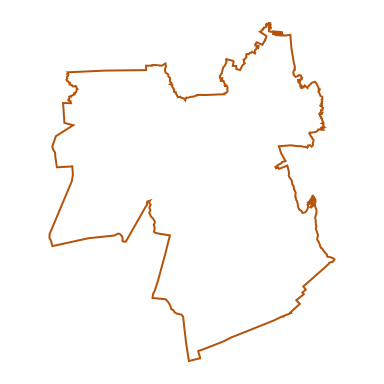 Spineni, Olt, Romania
{"feature_id": "2599482B91158629035483", "entity_name": "Spineni", "entity_type": "district", "adm_level": 2, "iso_a3": "ROU", "parent_name": "Romania", "parent_adm1": "Olt", "projection": "equal_earth", "projection_center": [24.571, 44.715], "detail": "fine", "context": "isolated", "style": "outline", "palette": "amber", "viewbox_px": 384, "rotation_deg": 0, "n_neighbors": 0, "source": "geoboundaries", "source_scale": "gbopen_adm2", "svg_char_len": 5829}
<svg xmlns="http://www.w3.org/2000/svg" viewBox="0 0 384 384"><path d="M332.6,262.0L334.5,259.5L334.3,259.1L332.8,258.1L329.2,256.8L328.0,256.9L327.1,256.3L326.9,254.6L323.0,250.2L322.3,248.5L320.7,247.7L319.1,242.6L317.1,239.5L317.4,237.4L317.9,236.3L317.9,234.7L315.9,229.1L315.8,227.7L316.6,226.1L315.8,224.7L315.7,220.3L315.1,217.8L316.5,212.6L316.4,209.4L315.5,207.9L314.9,204.1L311.0,207.5L310.3,207.0L312.3,204.9L312.2,204.7L314.9,202.0L315.5,201.9L315.4,199.5L315.0,199.0L312.2,201.6L311.9,202.5L310.6,203.6L309.5,203.9L308.8,203.0L309.4,202.0L314.3,197.9L314.0,197.0L312.7,195.7L312.4,195.9L311.6,198.1L309.3,201.5L307.8,202.7L308.1,203.3L307.5,204.8L308.1,205.2L308.1,207.0L307.4,209.3L306.4,211.0L305.3,212.2L304.1,212.7L302.3,212.8L302.2,212.0L301.1,210.7L299.2,209.4L298.2,207.3L297.5,203.0L296.8,200.6L296.3,200.2L295.5,196.5L295.2,196.5L295.7,192.8L294.6,190.1L293.9,189.5L294.0,187.8L293.5,185.9L292.3,184.6L291.8,180.6L289.5,177.4L288.7,175.6L289.0,173.9L288.7,170.8L287.3,165.6L279.0,168.9L278.3,167.6L276.0,168.3L275.4,167.2L275.4,166.8L277.3,166.0L277.3,165.4L281.5,163.1L282.1,162.1L285.5,161.0L281.1,153.2L278.9,146.2L291.2,145.3L296.9,146.1L300.9,146.1L304.1,146.9L305.4,146.8L307.2,147.8L308.2,146.1L308.1,145.5L310.1,145.2L311.6,146.6L312.5,145.9L313.0,144.7L312.7,143.5L313.6,140.8L313.4,139.8L312.3,138.6L312.1,137.5L310.9,136.5L310.5,135.0L309.8,134.5L309.3,133.0L309.8,132.5L310.9,132.7L315.6,132.0L317.3,131.0L318.2,129.5L323.4,129.8L322.9,129.0L322.0,129.0L321.5,129.5L320.9,128.9L321.7,128.6L321.5,128.1L322.8,127.8L322.3,127.5L323.5,127.2L323.2,127.1L323.8,126.8L323.0,126.3L323.5,125.9L323.5,124.0L322.9,124.1L322.7,123.5L322.1,123.3L323.4,122.7L322.5,122.7L323.3,122.5L322.0,119.9L322.0,118.8L321.6,118.9L321.0,118.0L321.0,116.8L320.2,116.3L320.2,115.6L319.6,114.8L322.1,113.7L322.4,112.8L320.2,112.8L320.8,112.2L320.9,110.6L321.3,110.8L322.3,110.2L322.2,109.7L322.7,109.3L322.5,108.2L322.9,107.8L322.3,107.4L322.1,105.8L320.6,106.0L320.3,105.5L321.0,105.1L321.6,104.0L321.4,103.8L322.1,103.4L321.8,102.5L322.1,101.9L321.7,101.7L322.1,100.5L321.7,99.8L322.4,99.3L322.2,96.8L320.4,95.8L319.1,92.5L318.3,91.7L318.7,90.7L319.5,90.3L319.6,88.9L318.7,88.8L318.8,88.4L316.7,83.9L315.1,81.8L312.0,82.7L307.4,87.1L307.4,87.8L304.6,85.4L303.7,86.6L303.7,87.4L301.2,88.1L300.6,86.9L301.8,86.7L301.5,85.5L300.2,85.4L300.3,84.1L298.8,82.5L299.6,82.4L300.1,81.1L298.8,81.2L298.1,80.6L298.0,80.0L301.7,79.4L302.1,77.8L301.4,77.7L301.1,75.6L298.8,75.0L297.9,76.1L295.5,76.9L293.4,74.4L293.7,73.5L293.2,72.3L293.8,70.5L294.9,69.8L295.0,68.9L294.4,68.2L294.9,66.9L293.8,62.5L291.5,48.7L290.3,34.8L284.2,35.7L283.5,35.1L281.9,35.5L277.6,35.2L279.5,34.3L273.1,34.0L273.2,33.3L282.1,33.8L282.2,33.0L281.8,32.1L273.0,31.4L272.9,32.1L268.9,31.3L269.2,30.2L268.9,29.9L269.2,28.3L270.6,28.5L270.9,27.6L269.0,27.1L269.1,26.3L270.0,26.5L270.6,25.2L270.6,24.7L269.9,24.4L270.3,23.3L268.5,23.0L268.3,23.5L268.6,24.7L268.0,24.8L266.6,23.9L266.0,24.6L266.5,26.5L265.3,27.4L263.9,27.6L263.3,29.2L262.7,29.0L262.4,29.9L261.6,30.3L261.4,31.1L260.0,31.8L266.3,35.9L266.3,37.1L266.0,38.2L265.0,39.5L265.2,40.0L264.8,41.2L264.2,41.4L262.4,44.8L256.7,42.3L255.2,44.4L255.2,45.0L258.7,46.2L258.1,48.2L256.6,47.5L256.8,48.3L255.1,50.1L254.4,52.2L255.3,53.0L255.0,53.5L252.0,51.8L250.9,52.9L249.9,52.8L248.7,54.2L246.4,54.1L246.2,55.5L246.5,56.9L245.2,58.7L243.6,59.6L244.1,60.5L243.8,62.0L244.8,63.2L242.3,65.5L240.2,70.0L236.4,69.1L236.2,66.0L232.8,65.9L233.6,61.6L233.4,61.0L226.3,59.1L226.0,60.0L226.6,61.9L224.6,66.0L223.2,67.4L221.8,73.1L219.7,76.5L220.2,78.1L222.3,78.2L222.2,79.4L220.7,79.5L220.8,80.9L223.6,81.0L223.9,82.4L224.8,83.6L224.9,84.8L225.4,85.0L224.6,85.5L224.8,86.0L226.6,86.1L227.2,86.2L227.3,86.7L227.5,87.8L227.2,89.3L227.6,90.6L227.5,91.4L226.6,92.5L226.1,92.5L225.8,93.1L224.5,93.4L224.5,94.2L205.8,95.0L197.2,94.9L196.9,95.6L195.7,95.6L194.0,96.5L191.0,96.8L188.3,97.7L186.3,97.6L185.5,98.7L185.3,100.3L183.8,98.4L181.0,97.6L180.4,96.7L177.9,97.3L176.1,93.5L175.6,93.2L175.8,92.2L173.9,91.6L174.2,89.4L173.3,88.8L173.2,88.0L172.1,86.7L172.4,85.2L170.1,84.3L171.6,83.2L169.9,81.5L170.0,78.0L168.3,76.3L168.3,74.5L165.9,72.8L165.1,71.4L165.1,68.3L166.0,66.8L165.4,63.5L161.9,65.7L155.4,65.0L152.1,65.1L152.1,65.7L146.1,65.7L146.1,70.1L104.8,70.6L67.8,72.3L68.2,72.7L68.2,73.4L67.3,73.9L67.2,74.4L67.7,74.8L68.2,74.5L68.3,74.8L67.9,76.0L66.9,77.2L67.2,78.5L66.4,79.6L67.0,80.8L68.7,81.8L68.9,82.7L70.0,83.0L69.6,84.5L71.8,85.0L72.6,86.3L73.5,86.5L75.4,86.0L76.3,86.5L76.2,87.3L77.4,89.0L76.7,89.3L76.6,90.8L76.0,92.1L75.2,92.4L75.0,93.4L74.1,93.4L74.4,94.5L72.1,95.4L71.3,96.5L70.6,96.1L69.2,96.7L69.5,97.9L69.0,98.8L69.1,99.5L68.4,99.5L68.2,100.0L69.1,100.9L69.6,100.7L70.4,101.1L71.0,103.2L63.1,103.0L64.4,122.9L73.2,125.2L55.9,136.2L52.3,146.4L53.1,149.5L55.1,152.7L55.3,156.5L56.9,167.3L72.3,166.4L72.9,174.5L71.9,181.0L49.6,234.1L49.5,238.2L50.7,240.0L52.4,246.1L88.6,238.2L114.5,235.5L117.7,233.7L119.7,233.8L121.9,236.1L122.5,237.4L122.4,240.7L123.0,241.5L125.8,241.7L145.8,206.5L147.2,204.6L146.9,202.5L147.4,201.5L149.9,200.7L149.3,201.5L149.2,202.7L150.7,204.8L149.4,207.4L149.6,208.6L150.4,210.1L149.2,212.9L151.0,216.5L153.3,218.8L154.8,221.8L154.7,223.0L153.7,224.9L154.7,227.4L154.3,228.4L154.6,229.6L153.9,231.3L154.3,232.2L155.5,232.9L158.2,233.5L169.9,235.4L165.3,253.8L157.8,281.4L154.9,290.2L153.0,294.3L152.5,298.0L165.6,299.2L168.5,302.5L170.5,306.1L171.3,309.2L173.3,310.1L174.7,312.4L176.9,313.6L181.5,314.7L183.1,316.7L186.0,342.4L188.9,361.0L200.0,358.3L199.9,356.7L198.2,351.5L198.3,350.9L201.7,349.9L223.7,341.3L230.9,337.6L274.2,320.3L281.4,316.8L283.0,316.6L282.7,316.3L291.0,313.1L290.3,312.5L299.8,303.9L296.3,300.2L303.8,294.2L302.4,292.6L305.8,289.6L303.3,286.5L325.9,266.5L328.9,263.7L329.2,262.9L330.8,262.2L332.6,262.0Z" fill="none" stroke="#b45309" stroke-width="2"/></svg>